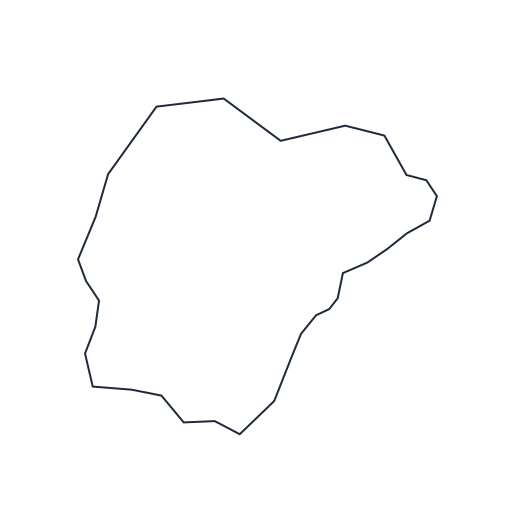 map outline of Monseñor Nouel (Albers equal-area conic projection), rotated 76°
{"feature_id": "DOM-1976", "entity_name": "Monseñor Nouel", "entity_type": "Province", "adm_level": 1, "iso_a3": "DOM", "parent_name": "Dominican Republic", "parent_adm1": "", "projection": "albers", "projection_center": [-70.39, 18.916], "detail": "fine", "context": "isolated", "style": "outline", "palette": "slate", "viewbox_px": 512, "rotation_deg": 76, "n_neighbors": 0, "source": "natural_earth", "source_scale": "10m", "svg_char_len": 555}
<svg xmlns="http://www.w3.org/2000/svg" viewBox="0 0 512 512"><g transform="rotate(76 256 256)"><path d="M270.5,104.1L281.0,127.1L289.3,149.6L293.6,175.8L316.8,187.0L325.2,197.8L328.0,212.0L342.4,231.1L361.6,245.2L401.1,273.4L425.0,314.9L406.2,336.0L400.0,366.4L368.6,381.5L355.6,409.1L343.2,446.0L309.3,445.5L285.8,429.0L261.3,419.1L239.1,427.0L216.2,429.5L179.3,402.2L140.8,379.7L87.0,316.4L95.4,249.3L150.2,204.2L151.1,138.0L170.2,102.3L213.8,90.4L223.7,72.4L241.7,66.0L263.7,79.0L270.5,104.1Z" fill="none" stroke="#1e293b" stroke-width="2"/></g></svg>